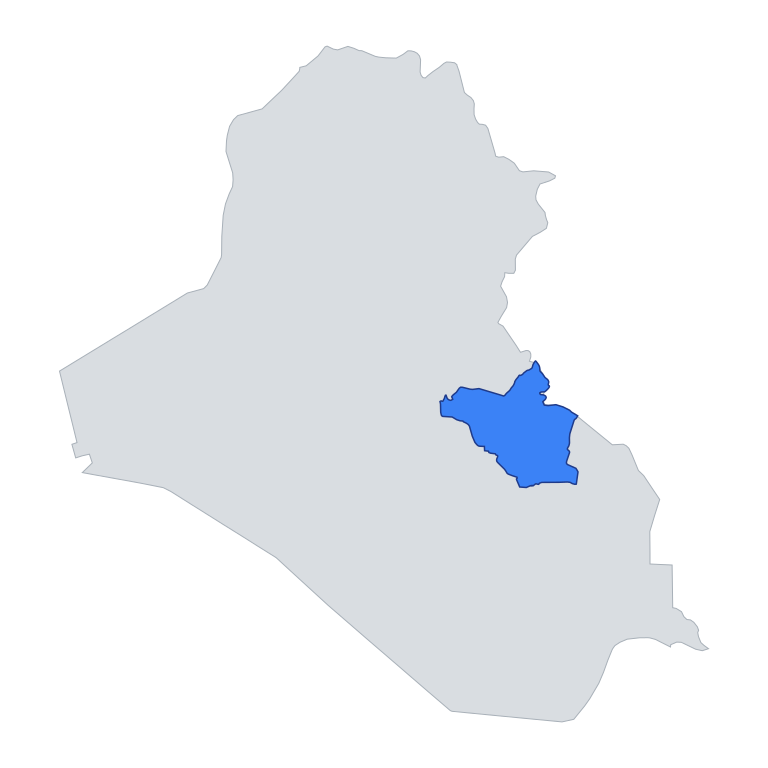 where Wasit sits in Iraq
{"feature_id": "IRQ-3227", "entity_name": "Wasit", "entity_type": "Province", "adm_level": 1, "iso_a3": "IRQ", "parent_name": "Iraq", "parent_adm1": "", "projection": "natural_earth1", "projection_center": [45.642, 32.719], "detail": "fine", "context": "in_parent", "style": "filled", "palette": "blue", "viewbox_px": 768, "rotation_deg": 0, "n_neighbors": 0, "source": "natural_earth", "source_scale": "10m", "svg_char_len": 5667}
<svg xmlns="http://www.w3.org/2000/svg" viewBox="0 0 768 768"><path d="M299.8,67.4L306.2,65.8L318.0,56.0L325.0,46.9L327.1,46.1L333.3,49.1L337.7,49.9L347.9,46.4L353.9,48.3L359.0,50.6L361.8,50.7L375.4,56.4L378.8,57.1L385.8,57.8L396.3,58.1L403.1,54.4L407.9,50.8L411.2,50.9L414.5,51.8L417.2,53.3L419.5,56.0L420.6,59.8L420.1,72.0L421.1,75.3L422.9,77.6L425.3,78.0L428.1,75.4L433.1,71.5L439.3,67.3L443.9,63.4L446.5,62.0L450.6,62.2L454.6,62.8L456.9,64.7L456.9,65.3L459.0,71.1L464.4,92.5L467.4,95.2L470.9,97.5L473.4,100.7L474.3,103.9L474.0,108.9L474.1,114.7L475.6,119.1L477.6,122.5L479.4,124.2L482.2,124.3L485.6,125.2L487.9,128.5L495.0,153.0L495.7,156.2L498.7,157.2L503.7,156.7L508.8,159.3L514.3,163.2L519.4,170.7L522.9,171.9L533.7,170.8L548.6,172.0L555.5,175.8L554.8,178.2L549.5,180.9L540.0,184.0L537.3,189.3L535.7,196.1L536.0,199.9L538.3,204.1L545.0,212.5L545.4,215.6L546.6,219.8L547.8,222.7L546.4,228.3L540.4,232.2L532.4,236.4L516.5,255.1L515.3,259.1L515.4,270.2L513.8,273.3L508.7,273.3L504.8,272.7L504.6,276.6L502.1,281.7L500.6,286.2L506.5,296.8L507.5,302.5L506.6,307.6L501.2,316.4L497.9,322.4L498.7,323.7L503.0,326.1L516.2,345.5L520.5,352.3L526.1,350.5L528.1,350.6L529.8,351.7L530.8,354.0L530.8,357.0L529.4,361.3L536.5,363.1L539.1,367.5L547.5,382.7L547.2,387.2L543.2,394.3L543.2,399.1L544.0,403.3L545.3,404.8L557.6,405.4L562.8,407.1L575.6,414.9L590.2,426.8L602.1,436.5L612.3,444.8L623.2,444.2L626.2,445.7L628.9,448.3L632.1,455.1L638.4,470.5L643.7,475.6L651.9,487.9L659.7,499.5L654.7,515.2L649.8,531.6L650.0,552.7L650.0,564.0L660.5,564.5L672.1,565.0L672.3,578.6L672.5,592.2L672.7,607.7L676.1,608.4L681.5,611.7L683.9,616.7L686.8,619.5L690.4,619.9L693.9,622.4L697.4,626.9L698.6,630.3L697.7,632.6L698.5,636.7L700.9,642.6L703.9,645.3L708.5,648.7L702.3,650.7L695.6,649.2L681.3,642.3L676.7,642.1L670.7,644.7L670.5,647.0L655.4,639.4L649.9,637.9L648.0,637.7L639.4,637.8L627.1,639.2L619.9,642.3L614.9,645.6L612.6,648.8L611.8,650.5L607.9,660.1L603.5,672.3L598.8,683.3L589.7,698.8L584.6,706.0L573.8,719.3L562.0,721.9L534.7,719.3L504.5,716.4L474.4,713.5L452.0,711.3L450.3,710.6L428.2,691.7L410.8,676.7L389.0,657.9L366.8,638.8L344.4,619.4L328.1,605.3L308.3,587.2L290.3,570.7L276.2,557.7L258.0,546.3L243.8,537.3L223.1,524.4L206.6,514.0L192.4,505.1L170.7,491.4L163.4,487.7L140.8,483.2L119.3,479.3L97.1,475.3L82.3,472.6L92.3,462.9L89.4,454.2L82.2,455.8L75.7,457.9L71.9,444.3L77.0,442.6L72.7,424.9L68.2,406.7L63.9,389.1L59.5,371.1L78.5,359.5L92.6,350.9L112.4,338.8L131.5,327.2L149.6,316.1L169.6,303.9L187.4,293.0L203.7,288.6L207.2,285.1L214.8,270.2L221.2,257.5L221.6,254.5L221.8,236.4L223.2,215.3L225.5,203.9L229.2,193.9L232.6,186.6L233.1,179.8L232.7,172.9L229.4,162.4L226.0,151.5L226.5,140.9L227.3,135.3L229.6,126.3L233.5,119.7L237.7,115.6L253.0,111.4L262.1,108.9L274.3,97.3L281.6,90.4L291.8,79.4L299.2,71.3L299.8,68.5L299.8,67.4Z" fill="#d9dde1" stroke="#a8b0b8" stroke-width="1"/><path d="M535.4,361.0L535.7,361.1L535.9,361.3L536.1,361.4L538.3,364.3L539.1,365.7L539.6,367.2L539.8,368.9L539.8,370.2L540.2,371.4L542.4,373.6L545.0,377.5L547.2,379.2L548.1,380.2L548.7,381.6L548.7,382.4L548.3,384.0L548.2,384.6L548.5,385.4L549.3,385.9L549.4,386.6L548.9,387.7L548.0,388.8L546.2,390.6L544.8,391.7L543.7,391.9L542.6,391.9L541.2,392.0L539.8,392.8L539.8,393.7L540.7,394.6L543.6,394.9L544.8,395.5L545.8,396.3L546.2,397.5L545.7,398.8L544.8,399.9L543.7,400.8L542.8,401.8L544.3,405.1L548.1,405.6L555.9,404.7L563.0,406.9L569.6,410.2L571.5,412.1L577.7,415.8L576.6,417.7L576.0,418.5L574.6,419.5L574.1,420.3L569.8,433.9L569.4,437.8L569.5,442.7L569.4,443.6L569.2,444.4L568.9,445.6L568.7,446.1L567.8,447.6L567.4,448.5L567.4,449.3L567.9,449.9L569.0,450.8L569.3,451.3L569.6,452.0L569.5,452.7L566.7,461.0L566.4,462.5L566.6,463.7L567.8,464.7L575.9,468.3L577.2,470.4L578.0,471.9L576.3,484.1L574.9,484.3L572.3,483.6L570.0,482.3L567.3,482.0L559.0,482.3L541.7,482.4L539.5,483.2L539.2,483.5L538.9,484.1L538.6,484.3L538.2,484.3L537.1,484.1L536.5,483.9L535.9,483.8L535.4,484.0L533.1,485.8L532.8,485.9L532.4,485.6L532.2,485.4L531.9,485.4L531.6,485.8L531.3,485.9L531.1,486.0L530.8,485.7L530.4,485.7L526.3,487.5L519.7,487.0L516.5,479.5L516.5,478.9L516.7,478.6L517.2,478.1L517.0,477.2L512.4,475.7L508.3,474.1L507.2,473.4L506.6,472.4L505.7,470.9L504.5,469.2L497.9,462.7L496.9,461.5L496.6,460.3L496.7,459.1L497.6,456.9L497.7,456.2L497.5,455.5L496.0,455.0L495.3,453.8L490.6,453.2L488.9,452.5L488.5,451.2L484.6,450.7L484.5,449.0L484.4,446.4L483.5,446.4L479.5,446.2L478.4,445.9L477.3,445.1L476.1,443.8L474.9,442.3L472.3,436.2L469.5,426.4L469.1,425.6L468.2,424.5L467.3,423.8L465.6,422.8L463.4,421.8L463.1,421.2L462.5,421.0L460.1,420.8L456.7,419.7L452.5,417.2L452.1,417.0L442.7,416.4L442.3,416.2L441.9,415.9L441.5,415.5L441.1,414.2L440.7,412.2L440.5,404.0L440.0,401.5L441.1,400.9L442.5,401.3L442.7,401.2L443.0,401.0L443.3,400.5L443.6,399.7L444.3,398.6L444.9,396.5L445.4,395.3L445.9,395.1L446.3,395.8L446.8,397.4L447.2,398.2L447.6,398.8L448.1,399.3L448.7,399.7L449.4,400.0L450.2,400.3L450.9,400.3L451.6,400.0L452.4,399.4L452.7,399.3L452.3,398.0L452.1,397.7L451.7,396.8L452.3,395.8L453.5,394.6L456.4,392.3L457.9,390.1L459.3,388.2L460.6,387.2L462.6,387.3L470.2,389.2L472.6,389.4L479.0,388.6L499.8,394.8L503.6,396.0L504.1,395.8L504.9,395.3L505.7,394.2L506.8,393.0L509.3,390.8L509.8,390.3L511.3,387.9L513.1,385.8L513.9,384.4L514.6,382.7L514.8,381.6L515.3,380.7L515.9,379.7L518.2,376.9L518.9,375.7L519.3,375.3L519.6,375.2L519.9,375.2L520.2,375.4L520.4,375.4L520.7,375.4L521.7,374.9L522.5,374.4L523.0,373.9L523.7,373.0L526.8,370.6L527.4,370.4L527.8,370.2L528.1,370.2L528.7,370.1L529.5,369.7L531.0,368.8L531.8,368.2L532.2,367.6L533.0,364.7L533.3,364.1L534.3,362.3L535.4,361.0Z" fill="#3b82f6" stroke="#1e3a8a" stroke-width="1.5"/></svg>